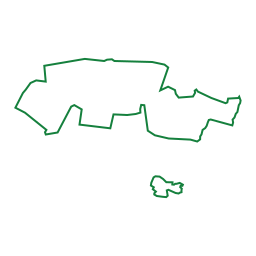 Kanimekh, Navoi, Uzbekistan (Mercator projection)
{"feature_id": "79887680B53513489447097", "entity_name": "Kanimekh", "entity_type": "district", "adm_level": 2, "iso_a3": "UZB", "parent_name": "Uzbekistan", "parent_adm1": "Navoi", "projection": "mercator", "projection_center": [64.925, 40.708], "detail": "fine", "context": "isolated", "style": "outline", "palette": "green", "viewbox_px": 256, "rotation_deg": 0, "n_neighbors": 0, "source": "geoboundaries", "source_scale": "gbopen_adm2", "svg_char_len": 1378}
<svg xmlns="http://www.w3.org/2000/svg" viewBox="0 0 256 256"><path d="M239.2,96.7L238.3,98.0L228.1,98.6L227.3,102.4L225.6,103.2L211.4,98.0L197.9,91.6L196.3,89.5L194.7,90.7L195.1,92.8L193.0,96.5L178.7,97.6L175.8,93.8L175.0,90.1L168.1,86.7L160.3,90.4L168.2,67.5L164.5,64.6L152.2,62.0L114.4,61.0L111.9,59.3L107.0,59.7L104.2,61.0L84.8,58.9L44.3,65.8L45.7,81.6L36.2,80.4L30.5,83.0L25.7,89.7L22.9,93.0L15.4,107.7L25.0,112.7L46.4,129.9L45.0,132.2L45.8,134.5L57.6,132.5L71.2,106.6L74.3,105.1L81.7,109.4L79.5,124.6L110.3,128.3L113.5,114.4L127.2,115.0L135.7,114.0L140.4,112.6L140.2,109.1L141.2,104.9L144.3,105.2L147.8,130.7L154.9,135.3L168.7,138.5L190.4,139.6L197.2,141.5L200.1,139.4L200.2,136.4L201.5,134.4L202.6,129.9L205.2,128.1L206.7,125.8L207.8,122.4L208.8,120.0L210.7,119.5L232.3,125.4L233.1,122.5L232.6,119.6L234.5,117.5L235.8,113.8L237.4,112.0L238.8,105.2L240.1,103.1L240.6,100.5L239.2,96.7ZM162.8,196.8L166.2,197.1L167.7,195.7L166.8,190.4L168.4,189.8L175.6,193.0L178.6,193.5L180.0,192.6L181.5,192.2L181.5,189.8L181.8,188.7L180.2,187.1L180.6,185.8L182.4,185.8L182.9,184.7L179.7,182.9L176.5,183.8L175.2,183.8L174.0,184.7L172.3,184.5L172.5,182.3L166.3,182.2L163.1,179.0L159.6,176.6L155.4,176.3L153.6,177.4L151.3,182.8L150.9,185.5L153.8,187.3L152.8,189.2L155.9,191.6L154.3,193.3L154.3,194.5L156.8,196.0L160.5,196.5L162.8,196.8Z" fill="none" stroke="#15803d" stroke-width="2"/></svg>